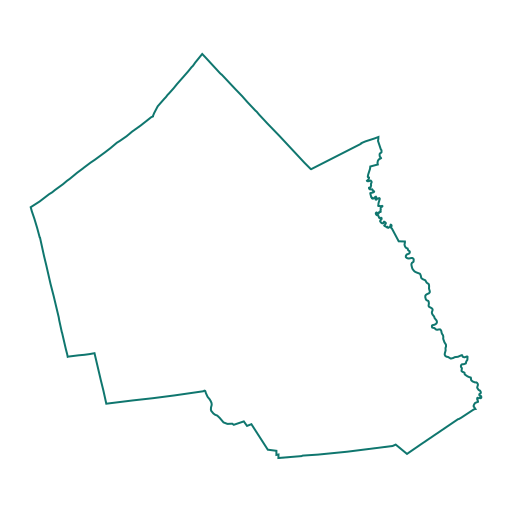 Vartoape, Teleorman, Romania
{"feature_id": "2599482B18216830560882", "entity_name": "Vartoape", "entity_type": "district", "adm_level": 2, "iso_a3": "ROU", "parent_name": "Romania", "parent_adm1": "Teleorman", "projection": "orthographic", "projection_center": [25.226, 44.2], "detail": "fine", "context": "isolated", "style": "outline", "palette": "teal", "viewbox_px": 512, "rotation_deg": 0, "n_neighbors": 0, "source": "geoboundaries", "source_scale": "gbopen_adm2", "svg_char_len": 6039}
<svg xmlns="http://www.w3.org/2000/svg" viewBox="0 0 512 512"><path d="M278.4,458.0L301.5,456.1L302.7,455.6L318.0,454.6L347.3,451.7L392.5,446.0L395.7,444.6L407.0,453.9L420.5,444.6L458.0,419.2L458.9,419.0L461.2,417.7L473.2,409.8L474.6,409.1L475.4,409.0L474.2,407.1L473.7,406.6L473.6,406.1L473.6,405.8L474.1,404.5L474.9,403.2L475.5,402.8L478.0,401.8L478.0,401.3L477.2,399.3L477.2,398.4L477.3,398.0L477.7,397.8L478.3,398.3L478.6,398.3L479.8,397.8L480.7,398.2L481.2,397.8L481.3,397.4L481.2,396.4L481.0,396.1L479.6,395.6L479.4,395.3L479.3,394.4L479.5,394.0L480.5,393.4L480.8,392.8L480.8,392.1L480.1,390.7L478.7,390.0L477.7,388.6L477.3,387.9L477.2,387.5L477.4,386.6L477.9,385.1L477.9,384.5L477.8,384.0L477.1,382.9L476.3,382.4L474.9,382.4L474.0,382.0L472.7,381.5L471.6,380.6L471.1,379.9L470.9,377.9L470.7,377.5L469.4,377.2L467.4,376.3L465.1,374.7L464.6,374.0L464.5,372.8L463.6,372.2L462.6,371.9L461.7,371.2L461.5,370.8L461.6,370.2L461.9,368.2L461.0,366.9L460.9,366.0L461.2,365.1L461.4,364.8L462.0,364.3L463.8,364.2L465.8,363.4L465.9,363.1L466.2,361.7L466.6,360.9L467.2,360.2L467.4,359.4L467.5,357.1L467.5,356.7L467.3,356.5L466.6,356.5L465.6,357.0L464.3,357.3L463.0,356.9L462.6,356.5L462.2,355.3L461.5,355.2L457.9,356.8L455.0,357.1L454.3,357.4L453.2,358.0L451.2,358.5L450.6,358.5L448.1,357.0L446.5,356.7L445.7,356.2L445.3,355.9L444.8,354.9L444.7,354.5L444.8,353.4L445.6,350.5L445.5,348.0L446.0,346.6L446.0,345.0L445.8,344.4L444.5,342.4L443.5,339.7L443.2,338.7L443.3,336.8L443.0,335.3L442.0,333.8L441.6,332.7L441.3,331.1L441.0,330.4L440.3,329.5L440.0,329.4L439.0,329.4L437.1,329.8L435.8,329.4L434.5,328.1L432.7,327.7L432.2,327.5L432.0,327.0L431.9,326.2L432.0,325.6L432.4,325.2L434.6,324.7L435.9,323.9L436.4,323.5L436.9,322.4L436.9,321.6L436.6,320.6L434.6,318.1L434.1,316.5L432.7,314.8L432.2,313.9L431.9,313.0L431.9,312.1L432.5,310.4L432.6,309.7L432.4,309.0L432.1,308.6L431.5,308.1L429.1,306.8L428.7,306.2L428.6,305.7L428.6,305.3L428.8,304.2L428.9,303.3L428.6,301.5L428.2,300.9L426.6,300.2L426.3,299.9L425.9,299.4L425.3,297.4L425.3,296.2L425.4,295.6L426.0,294.8L426.9,294.2L428.9,293.3L429.7,292.4L429.8,291.3L429.0,288.6L429.1,286.2L429.0,285.1L428.8,284.3L428.5,283.9L427.1,283.0L426.5,282.4L425.3,280.3L422.8,279.2L421.7,278.4L421.2,277.8L420.8,275.7L420.2,274.2L419.8,273.7L416.6,272.5L415.1,271.8L414.1,271.0L412.6,269.1L412.1,267.9L411.5,265.4L411.4,264.5L411.5,263.8L412.0,262.8L413.2,262.0L413.5,261.7L413.6,261.2L413.7,259.7L413.6,259.1L413.0,258.4L412.3,258.0L411.3,258.0L409.6,258.4L408.6,258.5L407.6,258.3L406.7,257.9L405.9,257.2L405.8,256.8L405.9,255.8L406.7,254.5L407.6,254.2L409.3,253.4L409.7,252.6L409.8,252.1L409.7,251.5L409.5,251.2L408.5,250.5L408.1,250.1L407.6,248.5L406.3,248.0L405.5,247.2L405.0,246.3L404.7,245.5L404.5,244.6L404.9,242.6L404.9,241.5L398.7,241.3L391.9,228.5L391.5,228.3L391.2,227.9L391.0,227.1L391.5,226.2L391.6,225.8L391.4,225.1L391.1,224.8L390.7,224.7L390.5,225.0L390.4,225.9L389.9,226.9L388.2,227.8L387.9,227.4L387.4,226.9L386.9,227.3L385.7,226.5L384.6,226.0L384.3,225.6L384.8,225.0L385.8,223.5L385.8,223.0L385.6,222.7L384.5,221.8L384.1,221.7L383.7,222.1L383.5,223.0L383.1,223.3L382.3,223.3L381.5,223.0L380.6,222.0L380.1,221.1L380.4,220.5L381.6,219.0L381.6,218.6L381.5,218.0L381.2,217.8L380.9,217.8L380.6,218.2L380.3,218.4L379.4,218.0L379.0,217.5L378.7,216.4L378.1,215.6L376.8,215.1L376.4,214.8L375.9,214.0L375.8,213.4L375.9,213.0L376.4,212.5L376.8,212.6L377.9,213.5L378.5,213.6L378.7,213.4L378.8,212.6L379.2,212.1L380.3,212.0L380.6,211.9L380.7,211.6L380.4,210.7L380.8,209.8L380.6,209.1L380.7,207.7L380.8,207.4L381.1,207.1L382.2,206.6L382.4,206.3L382.4,206.1L382.1,205.9L380.7,206.3L380.0,206.0L378.5,206.0L378.2,205.8L378.4,204.7L378.4,204.1L378.6,202.8L379.7,199.2L379.7,198.5L379.4,198.2L379.2,198.1L378.3,198.5L377.2,198.5L376.6,199.5L376.1,199.7L375.6,199.5L375.5,199.2L375.5,198.9L376.3,197.8L376.2,197.2L375.9,196.7L375.4,196.8L374.3,197.8L372.9,198.7L372.0,198.3L372.0,197.6L371.3,197.3L370.5,194.3L370.3,193.7L370.4,193.1L372.9,192.5L373.9,192.0L374.1,191.5L373.9,191.2L373.1,190.9L372.6,189.8L372.1,189.3L371.5,189.5L369.8,189.3L369.5,189.1L369.0,188.2L369.0,187.8L369.1,187.7L370.4,187.4L370.7,187.0L371.1,185.3L370.9,184.0L371.6,182.3L371.5,181.5L370.7,180.6L370.1,180.6L368.9,181.2L367.5,181.2L367.2,181.1L367.0,180.7L367.8,180.1L368.4,179.5L369.0,178.1L369.0,177.5L367.9,177.0L367.8,176.5L368.2,174.5L370.0,168.9L370.3,166.5L377.8,164.5L377.5,162.9L377.8,161.1L378.1,160.4L379.2,159.1L380.4,158.6L381.0,158.2L380.8,157.6L379.9,156.8L379.6,155.2L379.6,154.4L379.7,153.9L380.1,153.3L381.1,152.7L381.5,152.2L381.5,150.6L381.4,150.1L380.8,149.3L378.0,140.9L378.3,139.2L378.4,137.0L374.7,138.4L365.4,141.4L361.4,143.1L361.4,143.4L360.0,144.3L311.1,169.2L310.8,169.1L304.5,162.8L289.3,146.5L279.5,136.0L267.2,123.3L259.1,114.6L256.7,111.7L255.4,110.6L247.2,101.9L242.2,96.2L235.6,89.4L221.6,74.5L221.3,74.4L220.0,73.2L205.0,56.9L202.2,54.0L195.2,62.6L193.4,65.2L192.7,66.1L191.6,67.1L187.9,71.7L176.9,84.2L173.6,88.3L168.4,94.1L167.8,94.6L165.9,97.1L164.0,99.1L157.7,106.3L154.1,113.2L153.0,115.9L153.0,116.4L151.2,117.2L140.7,125.5L132.1,131.6L126.5,136.3L119.7,141.0L116.9,142.7L110.5,148.1L104.9,152.4L94.8,159.8L90.6,162.6L83.7,167.8L83.0,168.4L77.2,172.7L69.7,178.9L67.0,180.8L63.0,184.2L55.0,190.0L52.2,192.3L49.1,194.2L39.6,201.5L30.7,207.2L31.8,211.2L34.4,218.8L37.2,228.1L39.7,237.4L40.0,237.6L44.0,255.9L46.4,265.8L50.5,283.8L53.7,296.2L58.7,317.2L59.2,320.2L61.8,332.1L62.1,332.9L65.8,348.9L67.2,354.3L67.7,356.8L68.3,356.6L78.7,355.3L84.4,354.8L89.5,354.1L94.5,353.2L100.8,380.1L103.4,390.6L106.3,403.7L133.0,400.4L152.9,398.2L174.6,395.4L203.0,391.3L203.5,391.2L204.3,390.7L204.7,390.7L205.2,391.0L205.4,391.4L205.8,392.9L207.4,396.4L207.8,397.1L209.5,399.1L210.6,400.9L211.5,402.9L211.7,404.5L211.6,405.3L211.0,407.5L210.9,409.7L211.2,410.8L213.3,413.4L215.0,414.7L217.3,415.6L219.7,417.9L223.5,422.4L227.4,423.9L232.2,423.7L233.8,424.8L243.8,421.4L247.0,425.9L251.4,424.2L267.8,449.7L276.4,450.8L276.4,454.9L278.5,454.5L278.4,458.0Z" fill="none" stroke="#0f766e" stroke-width="2"/></svg>